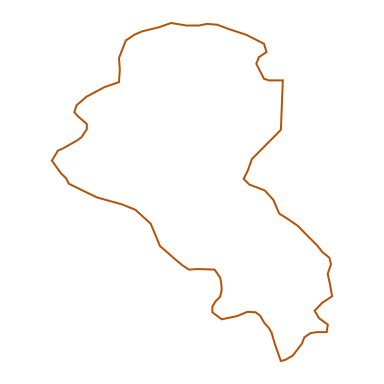 Ulju-gun, Ulsan, South Korea (Robinson projection)
{"feature_id": "91817680B44823551048989", "entity_name": "Ulju-gun", "entity_type": "district", "adm_level": 2, "iso_a3": "KOR", "parent_name": "South Korea", "parent_adm1": "Ulsan", "projection": "robinson", "projection_center": [129.199, 35.518], "detail": "fine", "context": "isolated", "style": "outline", "palette": "amber", "viewbox_px": 384, "rotation_deg": 0, "n_neighbors": 0, "source": "geoboundaries", "source_scale": "gbopen_adm2", "svg_char_len": 1309}
<svg xmlns="http://www.w3.org/2000/svg" viewBox="0 0 384 384"><path d="M104.5,87.1L86.3,96.8L80.9,101.6L76.5,105.3L74.3,112.2L77.6,116.0L86.8,124.0L86.8,129.3L81.4,137.3L77.0,140.5L62.8,148.5L57.9,150.6L51.9,160.7L61.1,173.5L66.1,178.3L67.4,180.9L68.8,183.7L88.4,193.3L97.2,197.5L122.3,204.5L135.4,209.8L150.7,223.7L160.0,246.1L175.3,259.4L182.4,265.3L188.9,269.6L198.2,269.0L214.6,269.6L220.1,277.6L221.2,282.9L221.7,289.9L220.1,296.8L215.7,301.1L212.4,306.4L212.4,312.3L214.5,313.9L221.7,319.3L229.4,317.7L237.0,316.1L247.4,311.8L255.6,312.3L260.0,315.5L264.4,323.0L268.7,327.8L271.5,332.6L274.8,343.9L280.8,361.0L285.2,359.9L292.8,355.6L302.1,343.3L304.3,337.4L310.3,333.2L316.8,332.1L326.7,332.1L327.8,324.6L319.0,318.2L314.6,310.7L322.3,302.7L332.1,296.3L329.9,284.0L327.7,273.9L331.0,264.2L329.4,257.8L322.3,252.0L316.8,245.0L307.5,235.9L297.7,225.8L288.4,219.4L279.1,213.5L273.6,200.3L273.6,200.2L264.9,190.6L258.3,187.9L249.6,184.7L248.8,184.0L243.6,178.9L246.1,174.0L247.9,170.3L251.8,159.1L280.9,129.8L282.8,80.4L269.1,80.4L264.0,78.8L256.3,63.8L258.9,57.1L266.5,52.1L264.0,43.8L246.1,34.7L230.7,29.7L217.1,24.7L206.8,23.9L199.2,25.5L186.4,25.5L171.0,23.0L159.1,27.2L142.0,31.4L134.4,34.7L125.8,40.5L119.0,58.0L119.8,69.6L119.0,82.1L104.5,87.1Z" fill="none" stroke="#b45309" stroke-width="2"/></svg>